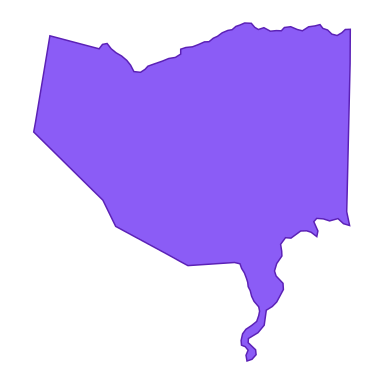 the district of Jati, Ceará, Brazil
{"feature_id": "56859067B99561003236729", "entity_name": "Jati", "entity_type": "district", "adm_level": 2, "iso_a3": "BRA", "parent_name": "Brazil", "parent_adm1": "Ceará", "projection": "albers", "projection_center": [-38.971, -7.726], "detail": "fine", "context": "isolated", "style": "filled", "palette": "violet", "viewbox_px": 384, "rotation_deg": 0, "n_neighbors": 0, "source": "geoboundaries", "source_scale": "gbopen_adm2", "svg_char_len": 1512}
<svg xmlns="http://www.w3.org/2000/svg" viewBox="0 0 384 384"><path d="M162.4,61.1L153.7,64.1L147.9,66.2L145.1,69.3L140.5,72.3L133.9,71.6L130.6,65.2L126.8,60.4L121.6,56.0L116.1,52.8L111.2,48.8L107.1,43.5L102.5,44.4L99.1,48.8L49.9,35.8L35.5,122.2L33.7,132.0L92.8,190.3L102.9,200.2L115.7,226.4L168.6,255.0L180.1,261.4L187.9,265.6L234.5,262.5L240.0,263.8L241.6,268.4L244.4,272.9L246.4,278.2L247.7,282.3L248.2,286.7L250.2,290.6L251.6,296.2L254.0,301.3L258.7,306.8L259.6,311.2L258.7,315.7L256.7,321.4L251.6,325.5L245.9,329.3L242.6,333.8L241.1,340.5L241.5,345.2L245.3,346.7L248.1,350.2L246.0,355.3L247.0,361.0L252.0,359.3L256.1,354.7L255.6,349.8L248.2,342.7L248.4,338.5L258.0,332.7L264.2,325.2L266.3,310.2L272.3,306.5L276.7,302.0L283.4,289.5L283.0,283.3L276.1,276.0L274.5,271.0L276.7,263.6L281.9,256.0L281.7,251.2L280.6,244.3L285.5,237.7L291.0,238.1L300.7,231.0L306.6,230.8L311.0,232.2L316.8,236.6L317.9,231.0L313.8,221.7L316.7,218.4L323.4,218.9L329.6,220.9L338.0,218.6L343.5,223.7L349.6,225.5L346.7,211.7L347.2,191.1L350.1,63.5L350.3,29.3L345.3,29.5L341.8,32.8L337.1,35.5L331.8,34.1L327.6,30.0L322.9,28.4L320.0,24.6L315.0,25.9L308.6,26.8L302.4,30.8L297.3,29.5L290.7,26.7L284.4,27.5L281.3,30.8L276.3,30.6L270.4,31.2L263.9,27.7L258.3,29.5L254.7,27.3L251.3,23.3L244.6,23.0L240.0,25.0L235.9,26.4L232.1,29.7L227.9,30.4L222.2,32.8L217.5,36.3L213.3,38.2L209.0,41.7L204.4,41.9L198.3,44.6L192.5,46.8L185.8,47.5L180.7,49.2L180.7,54.1L175.4,57.4L168.7,58.5L162.4,61.1Z" fill="#8b5cf6" stroke="#5b21b6" stroke-width="1.5"/></svg>